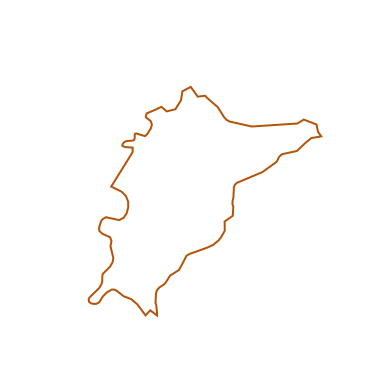 the Autonomous Community of Málaga, rotated 333°
{"feature_id": "ESP-5834", "entity_name": "Málaga", "entity_type": "Autonomous Community", "adm_level": 1, "iso_a3": "ESP", "parent_name": "Spain", "parent_adm1": "", "projection": "albers", "projection_center": [-4.853, 36.787], "detail": "fine", "context": "isolated", "style": "outline", "palette": "amber", "viewbox_px": 384, "rotation_deg": 333, "n_neighbors": 0, "source": "natural_earth", "source_scale": "10m", "svg_char_len": 1644}
<svg xmlns="http://www.w3.org/2000/svg" viewBox="0 0 384 384"><g transform="rotate(333 192 192)"><path d="M332.4,201.1L328.4,199.9L322.9,198.1L315.1,199.8L304.1,203.1L289.4,199.2L285.8,200.1L281.2,203.5L267.8,205.6L263.6,206.2L236.1,204.2L233.5,205.0L231.5,206.7L227.2,214.3L226.3,215.9L224.2,218.2L222.6,221.0L222.0,224.1L217.5,231.7L207.7,233.1L203.6,241.4L198.2,245.0L196.8,245.8L193.5,247.2L187.0,248.7L180.6,248.5L162.6,246.2L159.2,246.1L157.7,246.6L156.0,247.9L145.0,255.6L134.5,256.5L127.3,260.9L125.4,261.6L119.8,262.2L117.3,263.1L115.3,264.3L113.3,267.0L109.0,274.5L108.9,276.3L106.2,283.3L104.8,286.2L101.1,278.5L94.6,280.8L92.3,267.3L89.2,259.9L83.7,253.7L80.0,245.7L78.4,243.6L76.1,242.5L70.5,242.8L64.9,244.7L59.2,248.2L55.9,248.2L53.7,247.1L51.5,245.4L50.4,243.1L51.3,240.5L52.7,239.5L65.6,235.5L69.6,233.0L71.3,231.1L74.1,225.9L75.6,224.4L85.1,221.3L89.4,218.5L91.9,215.2L94.8,203.2L98.0,199.1L98.5,195.2L93.1,188.4L91.8,184.6L92.8,181.9L97.4,177.1L99.6,175.7L103.9,175.4L114.4,184.0L119.4,183.9L124.1,181.3L128.1,176.9L130.7,171.7L131.3,165.6L129.4,159.7L122.5,150.5L157.1,129.6L159.3,125.5L152.6,121.5L150.9,119.3L151.3,118.6L151.7,118.1L152.7,117.4L154.5,116.8L156.5,116.8L163.0,119.4L164.2,119.3L165.5,117.9L166.8,115.2L167.6,114.3L168.9,114.5L175.5,120.9L178.4,120.1L184.4,116.5L186.9,113.7L187.4,110.1L184.8,104.3L187.2,101.4L197.4,102.1L203.4,102.2L206.1,108.7L214.8,110.7L223.8,105.3L229.2,97.9L238.6,97.8L240.4,109.7L247.4,112.2L248.3,115.3L253.5,128.1L254.6,140.2L255.7,143.7L257.6,146.4L275.0,160.8L317.0,178.8L324.5,178.2L333.6,188.4L331.6,195.6L332.4,201.1Z" fill="none" stroke="#b45309" stroke-width="2"/></g></svg>